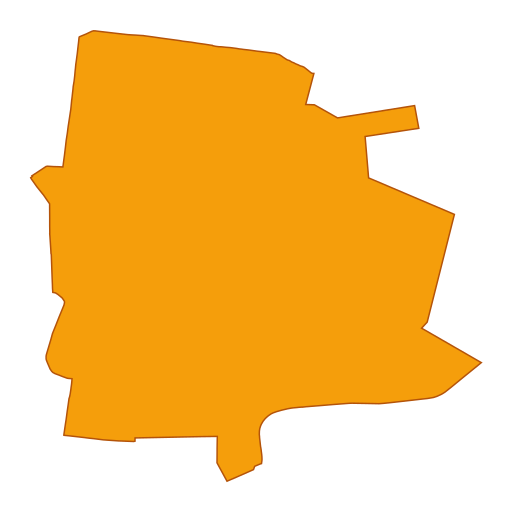 the district of Fantanele, Constanta, Romania
{"feature_id": "2599482B37422610029163", "entity_name": "Fantanele", "entity_type": "district", "adm_level": 2, "iso_a3": "ROU", "parent_name": "Romania", "parent_adm1": "Constanta", "projection": "natural_earth1", "projection_center": [28.558, 44.619], "detail": "fine", "context": "isolated", "style": "filled", "palette": "amber", "viewbox_px": 512, "rotation_deg": 0, "n_neighbors": 0, "source": "geoboundaries", "source_scale": "gbopen_adm2", "svg_char_len": 3645}
<svg xmlns="http://www.w3.org/2000/svg" viewBox="0 0 512 512"><path d="M275.4,53.4L274.7,53.3L259.4,51.4L257.4,51.2L248.8,50.0L243.3,49.4L241.3,49.1L239.3,48.9L236.5,48.4L230.4,47.6L227.7,47.4L226.3,47.3L221.5,46.8L218.6,46.7L215.6,46.3L212.8,45.7L212.2,45.3L211.9,45.3L211.7,45.3L204.7,44.2L197.4,43.2L195.0,42.8L191.3,42.2L187.1,41.7L182.9,41.2L179.7,40.6L161.8,38.2L152.8,36.9L143.8,35.7L143.6,35.6L140.0,35.4L135.7,35.1L130.1,34.8L129.2,34.7L128.3,34.7L127.9,34.6L127.5,34.6L126.6,34.5L117.6,33.5L98.6,31.3L95.5,30.9L93.5,30.8L91.8,31.3L85.9,34.1L83.7,35.0L79.6,36.7L79.2,37.0L79.0,37.9L78.8,39.8L78.6,41.8L77.8,48.7L77.3,53.3L76.8,57.0L76.3,60.8L75.8,64.3L75.5,67.4L75.5,67.6L75.1,71.3L74.9,73.6L74.7,75.9L74.4,78.5L74.1,81.1L73.6,84.1L73.2,86.5L72.9,89.9L72.5,93.3L72.2,96.1L71.8,99.6L71.7,99.8L71.6,101.0L71.2,105.1L70.8,109.2L69.8,115.8L69.0,121.1L68.2,126.3L67.7,130.1L67.5,131.8L67.3,133.3L66.2,140.4L65.4,147.5L64.4,155.7L63.3,163.8L63.2,164.8L63.0,165.9L62.9,166.9L60.9,166.9L60.2,166.8L57.9,166.7L53.8,166.6L47.3,166.2L46.0,166.5L41.5,169.5L31.9,175.8L32.4,176.5L30.7,177.7L30.9,178.1L31.4,179.0L36.9,186.8L42.1,193.3L43.5,195.0L44.6,196.6L46.5,199.4L49.6,203.8L49.7,218.6L49.7,226.0L49.8,233.4L49.7,233.6L49.9,235.8L50.8,249.7L51.0,253.6L51.1,253.9L51.3,254.5L51.4,257.4L52.1,277.1L52.4,284.5L52.5,288.2L52.8,292.4L55.5,292.9L58.0,294.5L62.2,298.0L63.3,299.6L64.4,301.2L64.5,302.7L64.0,305.0L61.6,310.9L59.2,316.7L55.9,325.1L52.5,333.5L50.8,339.7L48.6,347.1L46.4,354.5L46.1,356.1L46.1,358.6L46.3,359.9L47.6,363.2L50.1,369.0L51.6,371.2L52.4,372.0L52.8,372.4L53.4,372.8L53.9,373.0L54.9,373.6L58.7,375.0L62.7,376.6L65.2,377.5L67.1,378.2L68.2,378.4L72.0,378.7L71.9,380.7L71.6,383.6L71.6,383.8L71.2,386.7L71.1,387.3L70.9,389.1L70.4,392.5L70.2,393.9L69.9,395.4L69.6,396.8L69.5,397.0L69.2,398.1L69.0,398.6L68.1,405.2L67.2,411.4L66.1,419.7L65.5,423.5L63.8,435.2L63.9,435.3L68.9,435.8L84.8,437.6L86.9,437.9L89.5,438.2L94.2,438.7L98.2,439.2L102.1,439.7L102.3,439.7L102.8,439.8L104.1,439.9L109.8,440.3L118.4,440.9L121.3,441.0L133.7,441.5L135.0,441.2L135.0,439.5L135.1,437.9L136.6,437.9L186.2,436.9L201.8,436.6L217.3,436.4L217.3,436.5L217.2,442.5L217.1,448.5L217.1,452.2L217.0,462.8L218.5,465.6L227.0,481.2L236.3,477.2L253.5,469.6L254.6,466.5L254.9,466.2L255.1,466.1L260.4,463.9L261.5,463.6L261.9,460.8L262.0,459.3L261.9,456.6L261.7,454.4L261.2,450.5L261.2,450.3L260.8,447.7L260.6,446.8L259.6,438.0L259.5,436.2L259.3,434.4L259.4,431.0L259.8,428.4L260.6,425.9L261.0,425.0L261.4,424.1L263.1,421.2L265.2,418.6L266.8,417.1L267.7,416.3L268.7,415.5L271.2,413.8L273.3,412.8L276.7,411.6L281.6,410.2L287.5,408.8L291.3,408.1L293.8,407.8L296.3,407.6L299.0,407.3L301.8,407.1L302.8,407.1L306.2,406.7L307.7,406.6L312.7,406.2L317.8,405.8L333.4,404.5L349.2,403.3L351.9,403.2L364.0,403.4L379.0,403.7L380.3,403.6L383.0,403.4L389.1,402.8L405.2,401.0L421.8,399.1L427.4,398.5L431.0,397.9L433.4,397.5L436.8,396.4L438.6,395.6L439.4,395.2L440.4,394.8L442.3,393.8L445.0,392.1L448.4,389.4L450.7,387.6L460.2,379.8L473.6,368.9L481.3,362.6L481.1,362.5L421.6,328.2L427.2,322.1L454.4,214.4L368.6,177.9L365.1,136.5L418.8,128.3L414.6,105.6L337.5,117.9L314.4,104.8L305.7,104.5L312.3,79.5L313.7,74.2L313.9,73.5L313.9,73.4L313.0,73.4L312.8,73.4L311.8,73.2L311.0,72.7L310.8,72.6L310.1,72.0L309.1,71.2L305.1,68.0L303.9,67.1L303.4,66.9L302.2,66.4L300.7,66.0L299.9,65.7L297.9,64.7L296.6,64.2L295.4,63.7L294.2,63.0L293.3,62.6L292.5,62.3L291.7,62.0L290.0,60.9L289.3,60.5L288.7,60.3L287.8,60.1L287.1,59.8L285.4,58.7L283.4,57.4L281.2,55.8L280.5,55.4L279.8,54.9L279.2,54.6L278.3,54.4L277.7,54.2L277.0,54.1L276.6,53.9L275.4,53.4Z" fill="#f59e0b" stroke="#b45309" stroke-width="1.5"/></svg>